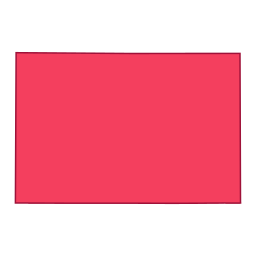 Fillmore, Minnesota, United States of America (orthographic projection)
{"feature_id": "52423323B25501231603720", "entity_name": "Fillmore", "entity_type": "district", "adm_level": 2, "iso_a3": "USA", "parent_name": "United States of America", "parent_adm1": "Minnesota", "projection": "orthographic", "projection_center": [-92.041, 43.674], "detail": "fine", "context": "isolated", "style": "filled", "palette": "rose", "viewbox_px": 256, "rotation_deg": 0, "n_neighbors": 0, "source": "geoboundaries", "source_scale": "gbopen_adm2", "svg_char_len": 488}
<svg xmlns="http://www.w3.org/2000/svg" viewBox="0 0 256 256"><path d="M16.1,58.8L15.4,203.0L27.9,203.0L28.8,203.1L34.4,203.1L40.4,203.1L68.6,203.2L69.1,203.2L93.8,203.2L100.0,203.2L123.5,203.2L127.9,203.2L131.0,203.2L171.8,203.3L174.3,203.3L202.8,203.2L211.0,203.1L216.5,203.1L217.2,203.1L225.3,203.0L225.8,203.1L230.9,203.1L238.1,203.1L238.7,203.1L239.7,203.1L240.6,203.0L240.5,201.5L240.0,53.4L131.3,53.5L16.1,52.7L16.1,58.8Z" fill="#f43f5e" stroke="#9f1239" stroke-width="1.5"/></svg>